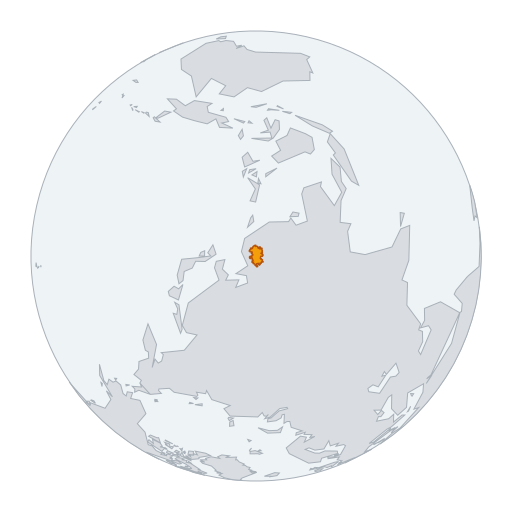 globe centered on Anhui, rotated 193°
{"feature_id": "CHN-1179", "entity_name": "Anhui", "entity_type": "Province", "adm_level": 1, "iso_a3": "CHN", "parent_name": "China", "parent_adm1": "", "projection": "orthographic", "projection_center": [117.353, 32.025], "detail": "medium", "context": "on_globe", "style": "filled", "palette": "amber", "viewbox_px": 512, "rotation_deg": 193, "n_neighbors": 0, "source": "natural_earth", "source_scale": "10m", "svg_char_len": 13123}
<svg xmlns="http://www.w3.org/2000/svg" viewBox="0 0 512 512"><g transform="rotate(193 256 256)"><circle cx="256" cy="256" r="225" fill="#eef3f6" stroke="#a8b0b8"/><path d="M448.3,361.6L448.0,362.7L447.8,363.0L448.3,361.6ZM409.6,91.2L407.3,89.3L388.7,76.3L388.7,75.4L384.2,72.9L383.9,74.2L384.7,75.8L368.8,73.7L365.1,83.5L371.5,91.0L364.2,86.5L381.4,104.4L384.2,115.3L376.3,100.5L372.0,97.2L371.6,102.9L367.0,100.9L364.2,102.7L358.8,99.9L354.6,92.1L351.0,90.4L350.9,94.7L345.5,95.1L346.1,89.0L336.6,89.2L327.8,77.6L333.9,65.9L324.5,59.4L318.6,47.9L314.5,47.6L309.7,44.0L303.2,42.5L304.0,41.3L298.2,41.3L298.7,42.6L296.3,43.2L292.6,42.6L292.9,40.9L294.8,40.9L292.9,40.1L294.7,39.6L291.7,39.5L292.5,37.9L286.1,38.8L282.1,36.9L284.2,36.0L291.2,37.1L313.4,39.6L317.6,40.1L316.6,39.2L304.8,36.1L321.4,40.4L337.6,46.0L353.3,52.8L368.4,60.8L382.9,69.9L396.7,80.0L409.6,91.2ZM286.4,32.8L287.9,33.1L284.7,32.8L283.9,33.4L276.2,32.5L269.2,31.5L269.4,31.2L266.3,31.0L259.8,30.9L256.4,30.7L286.4,32.8ZM468.8,200.1L467.0,196.1L468.2,196.5L468.8,200.1ZM465.8,195.2L466.5,196.2L465.9,195.7L465.8,195.2ZM465.3,195.8L465.7,195.4L465.5,196.3L465.3,195.8ZM464.9,197.2L465.1,196.3L465.1,196.6L464.9,197.2ZM463.6,198.0L463.2,198.0L463.1,196.7L463.6,198.0ZM385.9,77.0L384.4,74.5L386.4,74.4L388.2,76.5L385.9,77.0ZM381.3,78.4L379.3,76.3L384.6,78.3L384.1,78.8L381.3,78.4ZM377.1,97.3L376.7,94.2L378.7,98.0L377.1,97.3ZM364.8,103.5L366.3,105.1L364.2,105.4L364.8,103.5ZM288.2,33.9L286.1,33.7L287.3,33.7L288.2,33.9ZM289.8,34.6L292.7,34.8L293.9,35.2L292.1,35.0L289.8,34.6ZM353.9,101.6L350.1,101.9L353.3,100.2L353.9,101.6ZM285.9,34.3L295.7,35.9L297.7,36.6L292.5,36.8L285.9,34.3ZM347.3,101.2L338.0,102.6L340.6,106.1L327.8,97.4L340.0,98.8L343.6,96.0L344.1,99.2L347.3,101.2ZM300.5,43.4L299.8,41.8L303.9,43.7L300.5,43.4ZM303.7,44.5L319.8,50.5L319.0,52.9L313.8,50.2L315.6,54.1L307.3,52.2L304.5,49.6L306.6,48.4L301.8,48.7L303.7,44.5ZM322.3,92.7L319.4,92.1L321.6,91.3L322.3,92.7ZM295.7,43.6L299.0,44.4L298.6,46.4L291.9,45.2L294.2,44.9L295.7,43.6ZM320.1,56.2L318.6,57.8L311.5,56.6L310.0,57.1L307.1,52.4L320.1,56.2ZM292.4,44.1L288.5,44.5L285.3,43.2L292.5,42.9L292.4,44.1ZM301.3,47.6L300.8,48.6L298.9,47.6L301.3,47.6ZM271.6,39.2L275.6,39.8L275.7,40.8L271.6,39.2ZM287.3,44.8L288.4,45.3L288.9,45.9L285.8,45.9L287.3,44.8ZM302.3,52.0L299.6,51.4L303.1,53.9L297.9,53.4L296.9,50.5L295.2,51.5L293.6,51.4L294.6,49.2L302.3,52.0ZM284.1,47.8L281.0,44.4L273.6,43.0L273.3,41.9L285.3,44.5L284.1,47.8ZM290.1,48.8L286.3,47.9L287.9,46.8L291.5,46.8L290.1,48.8ZM294.8,54.2L303.0,55.7L302.9,56.3L294.8,54.2ZM281.6,47.5L282.4,48.4L280.9,47.5L281.6,47.5ZM290.4,52.3L293.3,52.7L293.1,53.4L290.4,52.3ZM281.5,49.9L280.6,48.8L283.0,48.6L281.5,49.9ZM285.3,51.2L284.4,52.1L284.4,49.3L286.7,51.2L285.3,51.2ZM289.8,52.9L290.6,53.4L288.6,52.7L289.8,52.9ZM273.0,51.5L272.4,48.0L277.7,47.5L277.6,50.9L273.0,51.5ZM92.9,100.6L85.5,111.0L83.0,114.6L77.0,120.7L63.4,144.9L67.7,142.3L62.7,160.8L64.0,169.2L77.4,156.7L75.3,142.4L82.1,132.7L89.6,137.7L92.5,151.3L95.3,148.0L99.5,134.0L106.3,132.3L101.7,128.9L99.0,133.8L96.0,132.2L98.2,127.6L100.6,127.0L101.4,122.1L90.1,127.3L86.2,132.8L84.7,125.1L77.9,133.9L75.3,134.5L85.7,120.0L89.4,116.8L103.6,98.8L99.5,101.2L85.9,118.7L87.4,115.6L81.9,120.1L87.3,114.2L103.2,95.4L106.0,89.7L99.6,93.8L122.9,74.2L114.0,82.0L118.6,78.9L129.8,70.8L125.8,74.4L129.1,72.4L126.2,75.8L131.1,75.7L129.6,79.0L140.2,74.7L140.8,76.1L134.3,78.1L129.0,81.6L126.1,91.3L128.1,92.0L135.3,88.6L133.6,92.1L140.9,87.7L143.5,92.4L146.4,83.3L154.9,80.1L161.2,81.0L164.6,78.6L154.3,77.2L149.7,78.2L144.9,81.6L132.9,84.2L132.0,82.0L146.6,73.7L146.9,70.0L158.1,66.0L179.1,70.9L183.4,75.8L172.1,90.5L166.1,90.8L167.1,85.5L158.1,93.4L162.7,91.3L161.3,94.5L169.0,93.0L168.4,95.3L176.9,90.3L177.0,92.9L171.6,96.0L183.2,97.0L185.8,102.4L188.7,101.6L191.1,99.2L192.7,108.1L194.8,107.2L195.1,103.9L199.4,100.0L207.6,96.9L207.7,100.1L204.8,101.7L198.7,110.2L190.8,114.4L191.7,115.5L198.6,112.7L206.0,102.2L210.9,99.4L208.3,104.4L209.6,102.3L212.1,102.0L214.7,104.9L218.0,99.6L245.2,94.2L252.9,100.0L247.5,104.5L266.7,106.1L273.9,113.8L274.1,110.5L283.4,109.9L281.3,107.4L282.1,105.9L305.1,104.8L310.6,107.6L320.7,104.6L320.8,103.1L317.3,100.8L327.8,97.4L340.6,106.1L339.7,109.0L348.3,113.1L345.0,119.4L346.3,126.9L337.6,132.3L339.3,138.3L342.6,139.3L347.3,148.7L346.0,165.6L333.0,147.4L332.1,124.0L331.2,132.8L327.2,129.7L324.3,132.4L324.1,139.1L326.6,140.5L304.7,148.0L295.7,165.8L306.5,165.7L312.2,171.8L311.4,195.0L286.6,224.2L293.8,235.2L293.5,241.9L285.5,245.5L285.8,235.6L278.7,231.4L280.1,225.6L267.3,228.9L268.7,220.8L258.1,227.8L260.9,234.7L271.6,234.3L261.8,244.6L271.2,257.0L271.0,270.6L250.7,292.1L232.0,296.8L230.6,300.8L223.9,295.0L213.8,301.6L225.4,326.7L224.7,333.2L208.9,342.9L208.8,338.1L191.0,322.7L186.8,337.4L200.3,352.8L204.9,368.0L194.1,361.5L189.6,347.9L183.3,342.0L185.6,329.1L181.6,307.7L170.8,308.8L172.3,300.7L165.1,281.2L150.0,281.9L125.5,295.4L121.1,314.9L113.1,320.4L106.1,286.2L108.4,265.5L102.4,264.2L97.9,241.9L80.3,226.9L80.9,220.6L76.9,220.0L74.3,210.0L76.4,200.0L73.4,197.0L68.7,223.4L72.2,226.9L79.5,223.0L77.2,231.2L80.1,242.8L65.9,252.9L44.8,246.6L47.9,231.1L58.8,179.5L61.4,176.1L61.6,175.6L62.1,174.7L57.8,179.5L61.4,170.1L50.0,202.8L45.8,214.9L44.5,247.1L43.3,248.1L44.4,256.2L54.3,263.3L53.3,267.9L45.4,283.5L36.3,296.0L40.5,318.3L44.9,334.3L44.9,334.6L39.9,319.7L36.0,304.5L33.2,289.0L31.4,273.4L30.7,257.6L31.2,241.9L32.7,226.3L35.3,210.7L39.0,195.4L43.8,180.4L49.6,165.8L56.4,151.6L64.1,137.9L72.8,124.8L82.4,112.4L92.9,100.6ZM90.3,174.7L95.5,183.1L102.3,170.0L104.9,172.3L106.3,167.2L102.8,169.0L107.5,156.0L113.1,156.8L117.2,152.1L115.6,149.1L104.7,150.0L97.8,168.3L92.7,170.4L90.3,174.7ZM150.4,60.2L146.4,62.7L143.2,63.7L145.3,61.1L150.0,59.3L150.4,60.2ZM141.6,66.1L155.5,59.6L154.8,61.5L152.9,61.4L151.0,63.3L147.4,63.8L133.1,72.7L129.3,74.3L135.1,67.5L135.3,68.6L139.2,65.9L141.6,66.1ZM192.3,44.7L198.3,43.3L189.0,49.1L184.4,49.8L186.2,46.7L192.6,44.1L192.3,44.7ZM274.8,34.9L277.7,35.0L277.6,35.4L275.1,35.5L274.8,34.9ZM273.5,39.4L262.0,35.1L264.8,34.9L254.8,33.4L258.1,32.4L264.5,33.3L259.6,31.8L266.7,32.2L262.5,31.4L276.3,33.4L282.5,34.2L274.4,33.6L271.1,34.4L271.6,35.0L277.5,37.4L289.2,40.1L287.8,41.8L283.7,42.3L280.7,42.0L282.6,40.8L277.2,41.2L277.6,39.3L273.5,39.4ZM237.0,55.3L240.4,52.8L229.7,55.7L230.0,52.8L228.7,53.3L226.1,51.6L220.6,50.6L221.8,49.3L219.2,49.5L217.4,48.6L214.2,48.6L215.2,46.4L211.4,46.3L214.0,45.4L207.2,45.9L212.7,44.6L210.9,43.7L206.5,45.4L219.7,36.5L220.9,34.7L218.9,34.2L228.7,32.8L236.9,32.8L242.8,34.2L240.2,36.5L245.1,35.8L245.3,36.8L241.4,36.9L247.6,37.4L246.7,38.3L252.0,41.3L261.5,42.0L263.7,43.4L259.5,43.6L264.6,44.8L258.2,46.3L259.6,47.4L254.7,50.3L245.8,50.6L248.1,51.8L244.5,54.5L237.0,55.3ZM271.4,52.2L260.7,52.5L255.6,51.3L266.3,46.9L265.9,45.6L272.6,43.4L279.8,45.4L277.2,45.8L276.4,46.7L274.5,45.7L275.4,47.2L271.9,47.9L271.7,49.3L268.3,49.0L271.4,52.2ZM84.6,114.1L83.5,116.2L82.8,118.6L79.3,121.7L84.6,114.1ZM95.3,101.2L94.9,102.2L89.6,107.2L90.8,105.3L95.3,101.2ZM99.3,98.8L95.3,101.9L98.2,99.1L99.3,98.8ZM134.5,79.0L134.7,80.2L132.9,81.3L130.7,81.8L134.5,79.0ZM205.4,65.2L208.2,63.5L209.3,63.8L217.3,61.9L217.7,64.2L213.1,66.2L205.4,65.2ZM74.4,156.8L71.4,157.3L72.4,154.5L73.2,154.9L74.4,156.8ZM73.4,138.4L71.5,144.4L72.5,139.2L73.4,138.4ZM207.2,67.4L210.4,66.2L208.6,68.1L207.2,67.4ZM218.4,65.8L217.1,67.9L218.7,64.2L218.4,65.8ZM59.5,366.1L55.2,358.1L49.2,343.1L51.6,344.3L51.5,339.3L56.1,351.4L63.7,373.1L60.7,368.2L59.5,366.1ZM262.3,405.5L269.2,406.5L269.0,407.3L262.3,405.5ZM255.0,402.3L262.9,402.9L253.6,404.0L255.0,402.3ZM266.0,403.2L274.1,401.9L277.6,400.6L277.0,402.3L266.0,403.2ZM249.6,401.9L220.8,398.7L209.5,394.8L212.1,392.1L230.3,395.4L249.6,401.9ZM211.2,391.9L194.2,380.1L171.8,348.0L179.8,350.4L203.4,371.8L201.8,374.3L212.1,383.2L211.2,391.9ZM252.9,380.4L251.3,388.5L235.3,386.3L228.1,384.2L223.1,372.8L225.9,367.6L231.7,368.5L255.1,351.6L263.2,356.9L255.8,364.5L262.5,372.4L252.9,380.4ZM121.8,317.2L125.3,330.8L121.1,331.0L121.8,317.2ZM265.0,338.4L255.3,346.4L264.3,335.4L265.0,338.4ZM270.6,327.6L271.0,332.1L267.4,327.5L270.6,327.6ZM229.9,307.2L223.7,307.4L223.8,304.1L231.8,301.9L229.9,307.2ZM270.7,282.1L269.8,291.9L268.4,295.1L265.9,289.1L270.7,282.1ZM215.4,89.1L203.8,88.8L195.8,91.0L191.7,95.5L192.5,89.4L204.9,86.0L215.4,89.1ZM241.5,93.0L245.0,89.6L246.8,91.6L246.3,92.6L241.5,93.0ZM241.3,90.6L239.3,85.7L243.5,84.1L244.2,88.3L241.3,90.6ZM222.8,75.4L219.3,75.1L220.9,73.4L222.8,75.4ZM374.7,447.5L394.9,433.3L396.3,432.3L374.7,447.5ZM334.4,463.5L334.6,461.0L343.6,458.5L339.5,461.7L334.4,463.5ZM399.5,429.7L400.9,428.4L406.7,423.2L409.4,419.6L408.1,421.9L412.1,418.4L399.5,429.7ZM302.4,454.6L258.2,463.5L248.4,462.1L250.8,458.8L241.8,447.1L245.0,447.6L242.9,439.2L269.0,432.6L287.6,417.5L302.2,418.1L313.2,406.1L328.3,405.7L323.8,415.1L339.4,419.0L350.1,397.6L359.4,416.8L370.6,421.0L373.4,431.0L352.5,452.0L340.7,457.5L338.6,456.8L333.7,459.2L326.2,460.1L322.2,456.0L317.3,458.2L322.1,453.7L315.0,458.1L311.2,455.2L302.4,454.6ZM409.9,398.6L412.0,398.1L415.3,399.5L411.9,400.7L409.9,398.6ZM442.8,369.5L443.6,370.2L441.4,372.2L442.8,369.5ZM447.8,363.0L445.2,365.8L448.3,361.6L447.8,363.0ZM421.6,382.4L422.7,383.0L421.8,383.9L421.6,382.4ZM420.8,382.4L422.1,379.8L421.9,381.9L420.8,382.4ZM410.7,375.8L412.0,374.2L412.6,374.8L410.7,375.8ZM279.6,406.8L289.3,400.9L294.6,400.3L279.6,406.8ZM408.8,374.1L405.4,375.1L405.8,373.8L408.8,374.1ZM409.0,371.3L408.7,369.8L410.7,372.9L409.0,371.3ZM402.6,369.8L406.7,371.4L402.1,370.3L402.6,369.8ZM400.2,370.9L397.2,370.5L397.4,369.9L400.2,370.9ZM366.6,381.5L377.7,389.2L368.8,390.9L358.7,386.5L350.9,393.6L333.2,394.8L337.2,390.7L334.8,385.3L316.5,384.4L312.9,380.8L319.3,377.9L307.3,375.4L320.5,373.1L325.9,380.6L333.3,373.8L346.3,374.0L358.8,374.8L369.0,378.8L366.6,381.5ZM320.6,390.2L322.9,390.0L320.9,392.4L320.6,390.2ZM391.5,367.9L395.8,370.4L395.3,371.5L393.2,371.5L391.5,367.9ZM371.3,377.0L382.2,368.4L384.8,368.0L377.6,376.7L371.3,377.0ZM379.6,364.9L384.6,364.6L387.3,367.6L386.3,368.8L379.6,364.9ZM293.7,384.0L293.2,386.2L289.8,384.5L293.7,384.0ZM298.1,382.7L308.4,384.8L297.2,384.5L298.1,382.7ZM267.1,374.5L270.1,379.9L279.5,376.9L272.3,381.4L278.8,390.0L276.6,393.1L270.2,383.9L268.0,393.1L263.9,392.8L261.6,384.6L265.7,374.8L269.9,370.8L286.9,369.6L267.1,374.5ZM298.0,376.4L295.3,370.2L297.3,366.1L300.3,369.3L298.0,376.4ZM287.4,355.2L280.3,347.6L273.8,350.2L287.1,340.2L291.7,349.1L287.4,355.2ZM281.6,338.7L275.5,341.1L281.9,335.2L281.6,338.7ZM274.0,338.5L273.4,333.2L278.2,334.1L274.0,338.5ZM284.7,339.0L286.1,330.1L288.4,335.4L284.7,339.0ZM271.7,321.2L281.7,330.4L268.5,326.1L268.5,308.5L274.2,308.4L271.7,321.2ZM307.2,249.6L306.1,244.4L311.4,243.2L310.6,247.1L307.2,249.6ZM327.7,236.1L312.5,241.2L300.1,245.9L303.7,248.3L300.5,257.2L295.3,248.8L304.3,239.2L313.6,237.3L315.4,229.9L322.5,224.8L321.6,215.6L324.8,211.6L328.5,219.6L327.7,236.1ZM320.8,211.8L321.7,195.7L331.5,197.8L333.5,201.8L329.0,208.1L324.0,206.6L320.8,211.8ZM324.8,192.6L320.1,191.1L311.5,167.9L312.1,163.7L323.8,181.6L320.0,181.3L320.4,186.9L324.8,192.6ZM320.1,93.8L319.4,92.3L321.7,93.6L320.1,93.8ZM280.7,104.6L282.2,102.7L284.8,104.1L280.7,104.6ZM287.7,98.5L283.7,98.2L287.9,97.1L287.7,98.5ZM274.8,97.9L282.1,97.4L275.2,99.9L274.8,97.9Z" fill="#d9dde1" stroke="#a8b0b8" stroke-width="1"/><path d="M263.7,259.4L263.5,260.5L263.1,261.3L262.8,261.2L262.4,261.7L262.7,261.9L262.9,262.4L262.7,262.5L262.4,262.7L261.4,262.5L261.2,262.7L261.3,263.1L261.1,263.3L261.2,264.0L260.7,264.6L260.7,265.0L259.5,266.1L259.3,265.9L259.3,266.1L258.8,266.3L258.6,265.8L258.2,265.6L257.2,265.7L256.6,265.5L256.2,264.9L256.2,264.6L255.6,264.6L255.4,264.2L255.0,264.6L255.2,264.8L255.1,265.1L254.7,265.3L254.4,265.7L253.9,265.7L253.6,265.4L253.7,265.1L254.1,264.9L254.4,264.2L254.0,263.8L253.6,263.8L253.1,264.4L252.7,264.4L252.3,264.8L251.9,264.8L251.5,263.1L251.0,262.5L251.2,262.2L251.2,261.9L250.6,261.2L250.7,260.9L250.9,260.9L251.0,260.5L251.5,260.1L251.6,259.9L251.2,259.9L251.0,259.5L250.7,259.5L250.3,259.1L250.0,259.3L249.4,258.5L249.4,257.9L249.9,257.1L251.1,256.9L251.3,256.0L251.1,254.0L251.3,253.8L250.8,254.2L250.5,254.1L250.3,254.5L250.0,254.4L249.5,253.9L248.9,253.7L248.9,252.7L247.9,252.2L247.9,251.7L248.2,251.6L248.7,251.8L249.2,251.6L249.4,251.1L249.3,250.7L249.4,250.1L250.4,249.8L250.2,249.2L250.3,249.1L250.4,248.8L250.2,248.6L250.5,248.0L251.5,248.2L251.5,248.6L252.1,249.3L253.6,248.6L253.4,247.8L253.5,247.1L252.9,247.1L252.1,246.4L252.1,246.0L253.0,245.7L253.6,246.3L254.1,246.5L254.3,246.7L254.7,246.7L255.0,247.6L256.2,248.1L256.5,248.0L256.7,248.3L256.9,248.2L257.1,248.7L257.3,248.7L257.2,249.3L258.5,249.1L258.6,249.3L258.5,250.3L258.3,250.3L257.9,251.2L258.4,251.6L258.7,251.3L258.8,251.4L259.0,252.1L259.1,252.3L258.9,252.5L259.1,253.0L259.4,253.2L260.5,253.2L260.6,252.8L261.0,252.2L261.4,252.3L261.9,252.8L262.1,253.7L261.7,254.3L261.1,253.7L260.0,253.8L260.1,254.2L260.4,254.3L260.4,255.1L259.8,255.3L259.3,256.3L259.7,256.5L259.8,256.9L260.4,257.2L260.4,257.4L260.8,257.3L261.1,257.6L261.1,257.9L260.9,258.4L260.6,258.7L260.9,259.1L262.7,258.8L262.8,259.2L263.7,259.4Z" fill="#f59e0b" stroke="#b45309" stroke-width="1.5"/></g></svg>